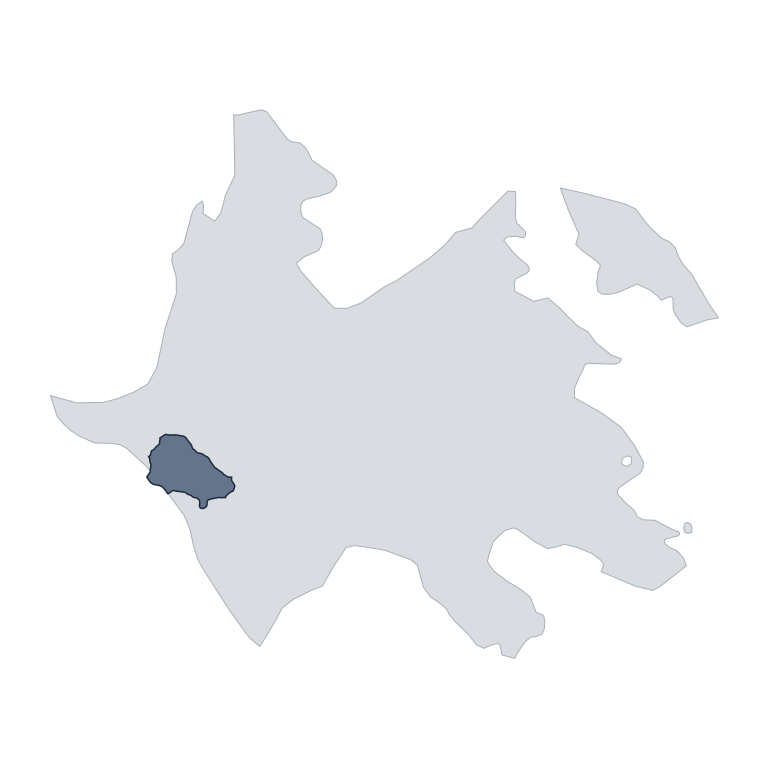 location of Khizi District, Xizı, Azerbaijan, rotated 181°
{"feature_id": "54616110B97026515433008", "entity_name": "Khizi District", "entity_type": "district", "adm_level": 2, "iso_a3": "AZE", "parent_name": "Azerbaijan", "parent_adm1": "Xizı", "projection": "mercator", "projection_center": [49.188, 40.748], "detail": "fine", "context": "in_parent", "style": "filled", "palette": "slate", "viewbox_px": 768, "rotation_deg": 181, "n_neighbors": 0, "source": "geoboundaries", "source_scale": "gbopen_adm2", "svg_char_len": 5279}
<svg xmlns="http://www.w3.org/2000/svg" viewBox="0 0 768 768"><g transform="rotate(181 384 384)"><path d="M539.0,650.5L535.6,650.2L511.2,656.1L506.1,654.2L485.2,627.5L480.9,624.6L471.9,623.4L466.7,619.0L462.4,611.8L459.9,606.5L438.3,592.0L435.1,586.7L434.7,582.0L437.8,577.8L441.5,574.3L452.0,570.7L464.4,567.6L468.3,565.3L470.3,561.4L470.2,555.2L468.2,549.1L450.5,538.0L448.5,533.2L448.0,527.3L449.0,521.2L451.7,516.4L466.2,509.8L473.9,503.0L469.1,495.4L453.5,478.1L435.1,459.0L422.7,458.9L408.5,464.5L385.8,480.8L373.2,487.7L356.8,499.2L338.9,512.0L324.3,525.5L315.2,536.7L298.9,541.6L290.7,550.9L263.5,579.0L255.8,578.6L255.4,564.7L255.7,553.7L254.0,547.3L245.2,538.6L245.1,534.9L247.5,532.5L254.2,533.9L262.9,533.4L267.0,530.0L257.7,518.5L249.5,510.8L242.5,505.6L240.9,502.5L240.9,500.3L242.4,497.7L254.4,491.3L255.5,485.5L254.7,478.9L235.7,469.3L221.5,472.9L208.7,462.1L200.5,453.7L190.3,444.7L181.1,439.8L172.4,428.5L157.2,416.8L147.4,413.5L147.5,411.7L149.3,409.6L153.4,407.8L180.5,408.3L183.8,406.2L185.5,401.2L189.2,393.8L193.6,382.8L193.2,373.6L166.0,358.8L146.2,345.0L132.5,327.0L123.2,310.4L123.5,304.8L126.2,299.6L147.3,284.3L148.8,280.3L148.3,277.6L140.8,269.7L131.3,261.7L128.3,255.7L122.3,252.7L110.9,252.5L91.0,242.5L86.8,241.5L85.8,239.5L86.8,237.5L101.0,233.5L100.8,230.2L96.5,225.8L88.5,222.6L81.1,214.6L78.5,207.5L104.2,186.5L111.8,182.3L128.6,186.1L163.6,200.1L161.2,207.8L164.7,212.1L172.8,218.0L188.1,224.0L201.1,227.0L207.7,224.4L217.7,222.2L230.8,229.1L242.8,237.8L248.7,241.3L251.9,242.4L261.0,239.5L272.0,228.2L276.3,214.7L277.5,208.1L271.1,199.1L258.0,189.3L243.3,180.7L233.8,173.1L227.7,158.0L221.7,156.4L220.1,154.4L219.1,149.3L219.4,142.1L221.5,136.6L227.4,134.2L233.4,133.3L238.9,128.0L245.7,117.7L248.6,111.9L261.4,115.2L263.2,124.5L265.4,126.5L270.8,125.4L279.6,121.5L286.6,124.5L295.7,135.5L308.3,147.2L315.0,155.0L317.7,160.4L324.1,165.6L333.5,171.7L340.9,181.3L347.6,203.6L354.3,208.8L378.5,217.3L386.9,219.0L410.7,222.0L419.0,219.8L431.2,200.6L442.2,180.8L452.5,176.7L471.0,167.1L482.1,158.1L486.8,148.3L497.3,129.8L503.7,119.4L514.7,128.6L533.6,153.7L560.7,194.3L567.3,205.8L571.7,219.0L575.4,235.1L581.6,249.3L609.0,285.0L620.8,298.1L640.1,315.1L647.0,318.9L656.0,319.9L672.5,320.0L687.8,326.6L695.4,331.3L703.2,338.0L710.2,345.8L717.2,366.5L690.7,359.7L664.0,360.7L648.9,365.2L634.3,371.3L620.2,379.8L611.4,396.5L604.0,434.9L593.2,470.7L593.6,487.3L598.3,503.1L597.8,510.6L592.8,513.8L586.7,520.6L578.4,553.2L574.3,559.7L569.0,563.7L567.5,559.9L567.9,551.3L556.2,543.8L550.0,552.3L545.8,570.2L537.3,589.0L536.8,592.6L539.0,650.5ZM144.1,313.8L145.3,308.7L142.0,306.3L138.4,306.2L135.4,308.8L135.4,315.3L139.6,316.4L144.1,313.8ZM56.6,464.2L52.6,458.9L50.8,456.0L62.6,453.6L82.1,446.5L87.5,449.9L93.2,457.1L96.1,463.3L96.6,474.7L98.9,476.6L108.4,472.7L112.7,477.3L120.0,482.8L132.8,488.3L151.1,479.8L160.2,477.6L167.7,477.7L171.8,480.4L173.2,489.3L171.7,500.2L169.6,506.2L173.5,510.6L188.5,521.1L194.7,526.9L191.7,537.0L202.9,561.6L206.6,571.2L211.1,583.0L188.1,578.4L146.8,568.5L135.5,563.4L124.7,549.6L118.3,543.0L108.8,534.5L101.1,531.2L95.2,525.3L91.8,516.5L86.9,508.6L78.4,499.3L59.1,467.5L56.6,464.2ZM81.2,249.2L78.6,251.0L74.7,249.2L73.5,245.2L73.8,240.9L77.7,239.9L80.9,241.1L81.8,245.0L81.2,249.2Z" fill="#d9dde1" stroke="#a8b0b8" stroke-width="1"/><path d="M533.3,274.1L532.4,275.9L531.6,278.4L531.5,280.0L533.0,282.3L534.7,284.8L534.8,287.0L534.7,288.2L536.7,288.1L539.3,288.7L540.5,289.6L542.6,290.6L543.7,292.0L544.6,292.9L546.1,293.7L546.9,294.5L547.0,294.5L548.3,295.1L549.3,296.0L550.4,296.7L552.0,297.9L553.1,299.3L554.4,301.3L555.9,303.2L556.6,304.3L557.9,306.7L559.5,308.1L561.3,308.8L564.0,310.7L565.4,311.3L567.9,311.6L570.3,312.6L571.7,314.3L573.8,315.6L574.9,317.6L575.4,319.5L577.1,321.7L579.4,324.4L581.3,327.0L583.4,328.3L586.4,328.7L588.7,329.1L590.2,329.3L591.1,329.5L593.6,329.4L595.9,329.3L598.5,329.3L600.9,329.8L602.2,329.5L607.2,326.0L606.8,324.3L607.4,322.9L607.3,321.8L607.3,320.7L607.6,320.0L608.3,319.4L609.8,318.0L611.3,316.7L612.2,315.2L613.6,314.1L614.7,313.5L615.4,312.9L615.8,311.2L616.0,310.0L616.4,308.8L617.1,307.9L617.9,307.4L618.0,307.4L616.8,304.4L616.8,302.5L616.3,300.9L615.6,299.6L615.6,298.4L615.9,296.6L616.2,293.9L616.1,292.5L617.0,290.7L618.0,289.2L619.1,287.8L619.4,286.6L618.1,284.8L617.2,283.5L616.3,282.0L614.9,280.9L613.4,279.9L612.3,279.5L610.5,279.2L608.5,278.9L606.6,278.5L604.0,277.4L602.4,275.8L601.4,274.7L599.9,272.8L599.1,271.6L598.8,271.0L598.4,270.6L598.1,270.5L597.8,270.4L597.9,270.5L597.2,271.0L596.0,271.9L594.8,272.7L593.4,273.8L592.0,273.8L589.6,273.1L587.1,273.0L585.3,272.8L584.0,272.5L581.3,272.3L580.6,271.9L579.4,271.1L578.2,270.2L576.7,270.0L575.5,269.3L574.6,269.0L573.9,268.2L572.8,267.5L571.8,267.2L570.8,267.0L569.2,266.8L568.2,266.0L566.6,264.6L566.3,263.4L566.1,262.8L566.3,260.4L566.3,258.4L565.8,257.3L564.6,256.4L563.1,256.4L562.1,256.7L561.1,257.1L560.5,257.4L560.0,257.8L559.4,258.5L558.9,259.7L558.8,261.5L558.9,263.2L558.4,264.4L557.0,265.2L556.3,265.7L555.1,266.0L553.8,266.1L552.9,266.5L551.3,266.9L549.6,267.1L548.5,267.6L546.6,267.6L544.9,267.5L543.4,267.6L541.6,267.7L540.5,267.6L540.4,268.6L539.4,269.8L538.5,270.7L537.1,271.9L536.5,272.6L535.1,273.4L533.8,274.0L533.3,274.1Z" fill="#64748b" stroke="#1e293b" stroke-width="1.5"/></g></svg>